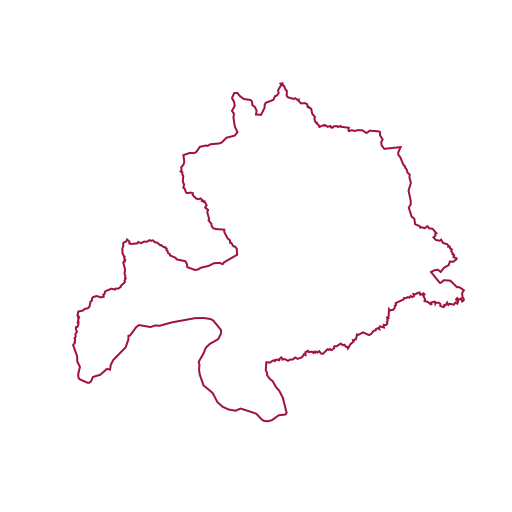 the district of Lunte, Northern, Zambia, rotated 169°
{"feature_id": "96606910B27526943690880", "entity_name": "Lunte", "entity_type": "district", "adm_level": 2, "iso_a3": "ZMB", "parent_name": "Zambia", "parent_adm1": "Northern", "projection": "robinson", "projection_center": [30.622, -9.828], "detail": "fine", "context": "isolated", "style": "outline", "palette": "rose", "viewbox_px": 512, "rotation_deg": 169, "n_neighbors": 0, "source": "geoboundaries", "source_scale": "gbopen_adm2", "svg_char_len": 6060}
<svg xmlns="http://www.w3.org/2000/svg" viewBox="0 0 512 512"><g transform="rotate(169 256 256)"><path d="M441.0,235.4L442.6,231.7L442.0,231.2L442.3,229.5L441.5,229.5L443.0,226.7L442.7,225.1L443.7,224.8L443.2,223.0L444.8,220.5L446.3,220.5L446.8,218.6L446.2,215.8L448.2,213.8L448.3,211.5L449.9,209.6L449.4,208.3L450.4,206.7L450.2,205.5L452.5,203.4L450.7,191.6L451.6,186.6L450.0,180.7L453.1,173.9L453.5,170.7L452.8,168.8L445.4,163.6L443.8,163.4L441.9,164.4L439.1,168.4L431.6,169.1L423.9,173.6L421.0,172.3L419.3,176.9L416.0,181.1L401.3,191.3L397.3,198.2L396.4,202.1L394.9,201.9L387.2,209.0L384.0,210.5L373.2,206.4L368.1,207.0L363.8,205.9L351.1,206.9L327.5,206.6L319.1,205.1L312.7,202.8L310.3,200.9L304.4,189.8L305.4,186.1L309.0,181.6L318.2,178.5L322.9,175.4L325.9,170.6L332.4,163.1L332.3,159.8L333.7,154.8L333.8,150.1L332.2,139.0L324.7,129.8L321.8,120.0L317.7,114.5L312.3,110.6L305.5,108.0L300.3,109.2L291.3,104.3L285.8,101.1L281.3,94.0L279.2,92.4L275.6,91.5L271.4,91.9L264.2,95.3L257.4,94.8L255.9,96.1L256.7,111.7L258.9,119.4L261.3,123.2L263.5,130.0L265.9,132.7L267.9,137.0L267.4,138.6L268.2,142.1L266.1,149.7L262.5,148.7L259.7,150.0L257.7,150.2L257.6,149.4L255.3,150.4L253.1,149.2L252.8,150.4L250.4,151.6L249.7,149.2L247.7,149.5L244.6,147.0L242.4,147.8L239.8,147.4L236.9,148.9L234.8,147.1L230.1,147.8L227.7,150.4L226.3,149.3L225.9,152.1L223.1,153.1L222.8,151.7L219.4,151.4L218.2,150.0L217.2,150.9L216.5,149.8L215.3,150.7L214.3,149.5L212.0,150.5L211.0,148.0L209.0,147.2L203.6,150.8L202.7,150.0L201.2,150.7L200.5,149.4L199.3,149.4L196.9,150.5L196.7,152.0L195.8,152.5L194.1,152.0L189.5,153.9L187.8,151.8L186.1,152.0L185.1,149.8L183.7,149.3L183.4,147.7L179.9,151.6L176.7,153.3L176.8,154.7L176.0,154.2L174.9,155.3L173.7,155.2L171.9,159.7L170.9,159.0L165.4,160.6L160.2,156.8L157.9,157.5L154.8,160.1L152.8,160.2L152.2,161.4L150.3,161.8L148.9,160.7L149.0,162.0L147.8,163.3L144.1,161.4L143.8,164.1L141.5,163.4L140.1,164.5L140.2,166.2L139.2,166.9L139.1,169.2L138.0,169.5L138.8,170.7L137.5,171.0L135.5,178.5L134.7,177.0L131.4,177.1L129.6,178.8L129.4,180.5L128.0,181.0L127.9,183.1L119.5,185.2L118.7,186.5L116.7,186.0L114.8,186.7L113.4,185.8L111.9,187.2L110.5,185.8L108.7,186.4L108.8,188.6L106.7,187.9L104.5,189.0L102.3,188.9L102.5,187.0L101.8,186.5L98.7,187.4L97.9,186.2L99.4,185.2L98.3,181.3L99.2,179.6L96.2,178.2L93.6,175.1L92.9,175.3L92.9,176.9L89.8,177.2L89.1,176.9L89.1,175.0L88.5,175.8L85.5,175.3L84.2,173.8L84.6,171.8L81.6,170.0L80.6,170.8L80.8,172.8L80.3,171.7L79.1,171.6L77.2,173.8L76.5,171.2L75.0,172.1L71.1,170.5L69.2,172.3L67.5,170.8L66.4,172.5L67.9,175.2L66.6,176.3L65.1,174.4L62.9,175.1L62.3,172.0L60.8,172.7L60.2,173.9L61.1,176.2L60.8,180.2L58.5,182.7L62.4,186.6L64.7,187.1L69.9,194.7L76.3,196.4L79.6,194.4L80.7,194.6L87.3,206.9L83.5,208.0L80.1,207.8L77.7,205.1L73.5,208.7L68.7,210.2L66.7,213.6L63.8,212.7L59.7,214.6L59.7,215.7L62.3,217.2L61.3,219.1L62.7,220.1L62.2,220.7L63.4,223.5L62.5,225.1L63.9,226.1L64.0,228.2L65.5,228.5L65.1,229.4L66.4,231.3L69.9,233.1L71.2,236.7L72.7,235.9L76.3,237.4L78.3,240.4L76.0,241.8L75.7,243.8L74.6,243.9L77.5,249.1L80.7,250.0L81.9,252.5L85.1,251.1L88.4,252.8L89.3,252.5L89.7,254.1L93.7,256.8L93.5,262.5L95.7,264.9L96.8,274.3L94.3,277.2L93.6,280.7L93.8,291.0L90.0,298.3L90.4,303.8L89.6,306.7L91.3,308.8L91.7,312.5L92.8,314.3L92.6,315.6L93.9,317.5L95.5,325.3L97.0,328.3L96.7,330.4L93.3,335.3L109.6,336.7L111.6,340.7L111.3,344.0L109.5,346.2L111.2,350.8L110.6,354.0L111.9,355.0L120.4,357.3L124.1,355.6L127.3,358.9L131.1,360.0L135.8,360.0L137.8,361.2L141.0,360.9L141.3,362.0L140.4,364.2L147.9,366.6L148.2,367.5L151.0,367.0L151.7,368.0L154.5,368.5L156.4,367.3L157.9,368.0L157.6,368.7L158.5,369.5L161.1,369.1L162.5,370.9L163.8,370.7L164.2,371.6L169.2,370.6L169.3,372.1L171.0,374.4L170.7,375.2L171.9,375.7L172.4,377.3L172.4,380.1L171.6,381.1L173.7,385.1L173.7,390.1L176.5,392.0L175.9,392.6L176.9,393.4L176.9,395.3L178.5,396.6L182.8,397.3L184.6,400.2L184.2,401.4L185.5,401.3L187.3,403.4L189.0,403.0L194.3,405.6L195.3,407.5L194.2,412.3L195.2,413.4L196.0,417.6L197.1,418.2L197.0,420.5L199.0,420.5L198.4,419.4L202.7,414.5L202.7,411.5L204.9,409.5L206.8,409.3L209.1,406.0L217.2,404.5L218.7,402.6L219.2,400.0L224.1,393.6L229.0,394.9L227.7,398.5L228.5,402.1L230.8,405.0L230.4,408.4L231.6,410.2L238.0,412.4L241.4,416.2L243.2,419.6L246.4,420.0L249.4,415.7L248.1,411.3L248.2,407.5L251.9,403.0L250.5,400.0L251.7,396.2L252.1,387.3L250.6,381.1L254.0,378.2L262.3,377.8L268.1,373.9L270.7,373.5L279.5,374.4L282.4,373.3L284.0,374.0L290.3,373.9L294.7,369.5L297.1,368.8L301.3,369.8L308.0,368.9L308.4,362.3L309.8,359.4L312.5,357.3L312.6,354.8L313.9,353.4L312.3,352.2L312.8,350.1L312.1,348.5L313.6,343.2L313.0,339.6L314.3,336.8L313.1,335.7L312.7,332.1L311.8,330.9L308.1,330.7L306.0,329.7L306.5,327.9L303.7,323.7L301.5,322.7L299.5,323.1L298.1,321.3L298.7,320.5L296.4,319.6L296.8,319.0L295.9,318.6L294.8,315.2L296.7,313.2L294.2,310.4L295.5,308.3L294.9,301.2L295.8,300.1L293.6,295.9L293.9,294.0L292.8,291.5L290.3,290.1L282.0,287.9L282.6,285.8L280.5,278.6L278.6,276.5L278.9,273.9L277.7,273.6L276.3,269.7L274.8,269.3L273.5,266.9L274.3,260.8L288.4,256.0L290.4,254.3L293.0,256.2L298.7,256.9L304.5,255.3L312.6,255.0L315.2,253.9L318.3,253.8L325.6,258.2L325.3,261.2L326.4,264.4L334.7,267.9L335.2,269.5L340.3,273.0L340.2,274.2L341.9,275.9L341.9,278.0L342.7,278.7L342.3,280.3L343.2,280.8L343.2,281.9L344.9,282.3L347.1,284.9L347.9,284.7L350.4,288.0L352.7,288.7L354.1,291.0L356.6,291.0L357.5,291.9L360.5,290.8L363.1,291.5L366.3,290.5L369.0,292.2L370.1,291.0L376.6,291.7L378.0,292.6L377.5,294.2L379.4,296.8L381.0,294.8L383.1,294.6L384.2,293.4L384.2,291.4L385.8,288.8L386.5,284.4L385.8,281.1L385.1,280.5L385.9,278.7L385.0,277.4L385.9,275.6L386.7,276.0L387.5,274.9L387.1,267.7L388.4,263.9L388.1,261.2L388.7,259.4L388.2,258.8L389.8,257.0L389.7,255.4L394.6,252.3L394.8,251.3L397.7,250.3L400.0,250.8L400.9,250.0L404.1,251.5L409.9,250.3L411.1,249.7L412.1,247.4L413.2,247.2L413.3,245.0L416.2,245.0L420.0,247.1L423.6,246.8L425.1,245.6L425.5,243.6L427.2,242.7L429.1,238.1L431.0,236.8L434.4,236.7L436.2,235.5L441.0,235.4Z" fill="none" stroke="#9f1239" stroke-width="2"/></g></svg>